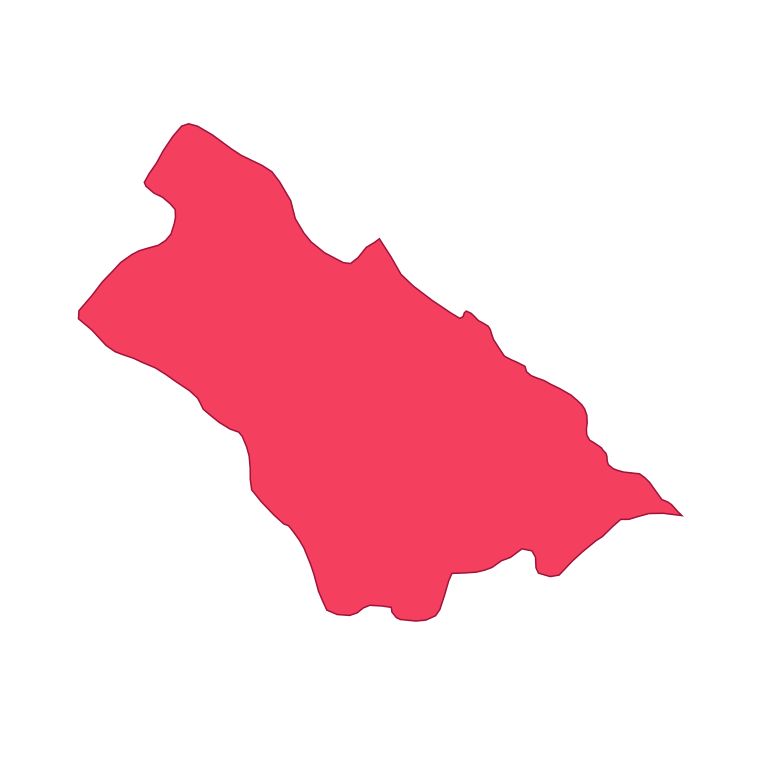 outline of Mongo, Nyanga, Gabon, rotated 187°
{"feature_id": "22940354B34091756215614", "entity_name": "Mongo", "entity_type": "district", "adm_level": 2, "iso_a3": "GAB", "parent_name": "Gabon", "parent_adm1": "Nyanga", "projection": "albers", "projection_center": [11.424, -3.286], "detail": "fine", "context": "isolated", "style": "filled", "palette": "rose", "viewbox_px": 768, "rotation_deg": 187, "n_neighbors": 0, "source": "geoboundaries", "source_scale": "gbopen_adm2", "svg_char_len": 2325}
<svg xmlns="http://www.w3.org/2000/svg" viewBox="0 0 768 768"><g transform="rotate(187 384 384)"><path d="M406.3,527.6L410.4,523.6L418.2,517.5L425.2,506.2L431.9,499.5L439.2,499.5L447.7,502.7L459.0,507.0L473.6,516.1L481.8,523.9L492.2,537.3L498.9,554.5L512.3,572.0L521.1,581.0L532.1,586.3L542.6,589.8L553.7,593.6L564.8,599.1L584.6,610.3L600.6,617.2L609.6,618.5L616.3,615.3L623.8,604.0L627.3,597.1L631.6,588.5L636.8,575.4L642.6,564.4L646.5,554.9L644.3,551.2L635.5,545.4L626.6,542.4L618.0,536.7L612.6,531.8L611.3,524.2L611.7,517.6L613.7,506.8L618.2,499.9L625.1,494.1L637.2,489.1L643.4,486.3L650.1,481.7L660.0,472.7L666.5,463.7L676.1,450.9L684.6,436.3L695.7,419.7L695.2,411.5L680.7,402.1L664.5,388.4L654.9,383.3L647.3,381.4L635.6,379.0L626.2,375.9L613.1,372.2L601.7,366.9L591.2,361.2L576.1,353.6L567.3,347.3L564.4,343.2L560.3,336.9L552.7,331.9L542.9,325.8L531.3,320.5L522.3,318.5L518.2,314.6L512.6,304.7L509.1,296.2L506.5,283.9L505.1,273.0L502.4,262.8L491.5,252.2L477.2,240.5L466.4,232.9L461.5,231.7L456.8,227.2L449.2,219.0L443.5,211.5L434.7,195.7L430.4,186.7L423.8,170.4L418.7,161.6L413.2,152.6L402.3,149.5L389.9,150.1L382.7,153.6L377.4,159.1L371.2,162.6L359.4,163.4L349.6,163.2L348.3,158.5L343.2,153.6L338.9,152.2L337.1,152.3L323.4,152.6L313.6,154.8L304.6,160.3L301.1,166.9L298.2,181.6L295.8,196.5L293.5,204.3L282.1,206.1L269.8,208.4L261.4,211.5L254.4,215.1L245.9,222.9L237.5,227.2L227.0,237.2L216.8,236.4L212.5,230.5L210.7,220.0L207.6,215.1L195.5,213.1L186.9,215.7L182.6,221.5L175.9,230.7L166.7,241.5L154.4,254.4L148.7,259.1L140.1,269.9L132.5,278.5L124.5,279.5L117.1,282.8L105.3,287.7L91.2,289.7L72.3,289.7L76.7,293.0L83.6,299.1L87.7,301.4L94.2,303.2L108.5,318.8L113.6,322.7L119.4,326.0L135.3,325.8L142.1,326.8L146.4,328.0L151.5,331.3L153.1,334.8L153.9,339.3L155.2,342.2L158.6,345.0L160.5,347.2L168.0,351.1L173.0,353.3L176.5,358.1L177.6,363.7L177.6,370.5L178.9,377.7L181.7,383.5L185.3,387.6L189.9,391.0L196.9,395.7L208.7,400.7L218.6,404.1L225.5,406.9L233.0,408.6L238.9,410.2L244.0,413.5L246.2,418.7L254.6,421.8L260.7,423.6L267.9,426.3L273.6,432.9L280.8,441.6L283.2,446.6L285.1,450.9L287.7,454.1L293.7,456.8L298.0,458.4L302.5,462.1L306.2,464.8L311.1,466.4L312.9,464.6L313.7,460.5L316.8,458.4L326.4,462.7L346.3,472.8L366.9,484.8L380.5,494.9L392.5,511.0L406.3,527.6Z" fill="#f43f5e" stroke="#9f1239" stroke-width="1.5"/></g></svg>